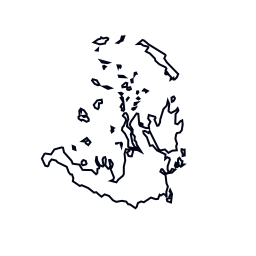 outline of Greece, rotated 218°
{"feature_id": "GRC", "entity_name": "Greece", "entity_type": "country or territory", "adm_level": 0, "iso_a3": "GRC", "parent_name": "Europe", "parent_adm1": "", "projection": "mercator", "projection_center": [23.941, 38.339], "detail": "fine", "context": "isolated", "style": "outline", "palette": "ink", "viewbox_px": 256, "rotation_deg": 218, "n_neighbors": 0, "source": "natural_earth", "source_scale": "50m", "svg_char_len": 5987}
<svg xmlns="http://www.w3.org/2000/svg" viewBox="0 0 256 256"><g transform="rotate(218 128 128)"><path d="M170.0,47.3L177.0,50.9L177.9,55.8L177.4,57.0L172.4,59.8L172.8,65.8L168.3,71.9L167.0,72.4L163.6,69.5L152.3,67.4L149.6,65.8L143.8,69.2L138.0,67.0L130.7,72.5L124.7,71.9L124.4,73.6L126.9,76.9L126.0,78.4L126.7,80.0L129.7,80.2L133.1,82.2L135.5,86.5L132.1,83.3L127.5,81.4L124.1,82.1L123.9,83.2L128.5,87.3L129.1,89.5L128.1,91.0L126.1,89.6L122.9,84.7L118.5,83.7L117.7,84.7L118.6,87.3L123.1,91.1L122.2,92.0L117.9,90.4L116.7,87.9L116.4,84.9L108.6,80.4L107.8,78.2L109.1,75.7L103.7,78.1L103.9,81.2L102.6,87.2L103.0,89.2L107.5,95.0L110.2,100.7L114.9,105.6L116.6,110.0L113.4,111.8L112.8,111.0L113.6,108.0L110.4,106.3L109.1,106.9L107.6,108.0L108.5,110.1L109.9,113.4L111.8,113.3L106.9,116.5L102.6,117.3L110.9,120.3L113.1,122.1L115.3,122.3L117.4,125.5L121.1,126.3L123.3,129.6L128.5,131.4L129.6,134.6L130.2,144.7L128.6,145.5L121.3,137.7L119.9,137.1L114.2,138.9L111.2,140.8L113.3,142.7L114.2,146.8L117.9,147.8L119.6,151.0L113.6,153.5L112.4,152.8L112.4,151.0L110.8,150.1L106.4,147.7L105.5,148.7L106.2,152.1L107.8,154.5L111.7,164.7L111.3,169.5L113.5,174.1L110.2,172.2L106.5,166.3L105.3,166.1L103.3,166.4L101.1,171.3L101.1,174.1L99.9,173.4L99.0,172.6L99.0,168.2L93.5,160.6L91.2,161.5L90.8,165.9L90.0,167.4L87.1,164.5L84.3,159.4L84.2,156.6L86.3,154.1L86.0,152.3L84.0,148.7L79.6,145.7L78.8,143.2L75.8,140.5L79.2,137.3L80.9,133.3L85.7,133.8L88.7,130.2L91.1,130.3L109.1,138.9L108.6,136.7L112.8,136.2L114.0,134.8L112.3,133.3L107.5,132.4L99.8,127.5L97.9,129.5L91.4,128.2L82.2,130.3L79.6,126.4L79.1,129.1L76.8,129.7L75.5,128.8L73.3,122.4L71.1,119.5L69.3,118.8L69.1,117.2L69.3,115.9L71.5,115.6L75.5,116.7L76.3,116.0L75.6,113.5L69.4,114.0L63.6,108.1L60.5,106.4L58.4,101.1L54.9,97.2L57.3,98.3L59.5,97.9L60.6,95.0L62.0,94.9L60.7,90.6L62.5,88.9L67.1,87.3L69.8,79.3L72.5,78.1L74.0,75.0L72.6,71.2L72.8,69.4L79.4,69.0L80.9,68.0L84.1,68.9L87.9,66.9L91.9,62.5L95.4,61.8L101.2,62.8L105.5,61.3L106.6,57.5L113.5,57.8L115.0,56.2L122.4,56.2L129.3,54.4L130.2,52.7L138.7,52.1L140.2,54.8L143.5,56.9L144.9,56.0L147.6,56.7L152.4,59.7L162.3,57.6L164.8,58.0L168.8,56.2L168.9,52.8L167.5,49.1L167.8,48.3L170.0,47.3ZM125.3,194.6L129.4,195.2L130.9,193.7L132.2,193.7L132.8,195.0L131.2,195.9L133.9,196.6L134.2,198.4L135.7,199.0L142.5,197.5L147.8,197.9L149.6,199.3L156.5,200.2L161.2,199.3L161.5,204.0L162.4,204.4L166.8,202.3L169.4,202.3L172.2,200.0L170.8,206.2L169.3,206.8L163.1,206.6L144.0,208.7L143.0,208.3L142.3,205.2L137.7,203.6L121.6,201.4L120.7,197.8L121.1,195.0L121.9,194.3L123.1,195.5L124.2,192.3L125.3,194.6ZM116.4,113.4L120.3,118.6L126.9,121.7L131.5,122.6L132.8,125.1L132.6,127.0L134.2,132.7L135.8,134.1L139.6,134.4L139.9,137.4L138.5,138.6L135.8,137.5L133.1,135.1L132.6,133.1L129.9,128.7L124.7,128.4L122.6,127.4L122.0,124.8L115.2,118.9L111.1,117.2L109.4,118.0L108.2,117.3L115.4,113.4L116.4,113.4ZM173.9,106.3L173.5,107.7L177.0,111.6L177.1,113.4L175.3,112.4L176.4,114.3L173.5,114.8L169.2,113.6L168.3,112.2L171.3,109.5L169.5,109.5L167.6,111.9L164.5,110.9L163.4,109.4L164.6,107.3L167.9,106.9L169.3,106.2L169.3,105.2L172.7,105.0L173.9,106.3ZM200.5,186.0L198.7,186.4L198.1,185.4L198.9,182.8L198.1,180.5L201.8,176.5L207.7,174.4L206.1,179.6L204.6,181.4L205.0,182.9L202.7,183.3L200.5,186.0ZM169.2,130.8L166.2,134.1L164.2,132.2L163.9,131.5L166.1,129.6L163.5,125.9L163.4,124.3L166.5,123.7L169.2,125.1L169.2,130.8ZM65.3,126.7L66.5,131.6L67.8,132.1L69.5,134.6L69.0,136.2L66.1,135.1L64.6,135.4L63.3,132.4L61.4,133.7L62.5,130.0L64.5,130.1L65.3,126.7ZM56.3,103.8L56.7,105.2L52.7,103.1L48.3,95.8L51.9,94.5L53.5,95.6L53.7,96.3L52.0,98.2L53.1,99.3L54.0,102.9L56.3,103.8ZM156.0,89.3L154.3,94.8L152.6,94.4L152.3,92.7L151.1,94.2L148.8,93.7L148.8,90.1L152.0,90.0L153.0,91.2L156.0,89.3ZM181.6,142.3L185.6,143.3L185.8,144.7L181.9,146.3L177.0,144.4L178.1,143.1L181.6,142.3ZM143.5,75.2L141.1,76.0L138.7,74.4L138.7,73.4L140.7,70.8L142.5,71.0L143.7,73.0L143.5,75.2ZM71.4,142.5L73.3,144.8L71.8,144.2L70.1,145.8L66.4,141.3L67.7,139.6L69.0,141.4L71.4,142.5ZM157.8,162.1L156.2,162.9L154.4,159.7L157.4,156.7L158.6,157.8L157.8,162.1ZM147.5,143.6L147.0,145.1L142.4,140.3L142.1,138.8L143.8,138.1L145.0,139.9L146.9,140.1L147.5,143.6ZM189.2,196.3L187.4,197.9L186.1,193.6L187.7,190.7L187.8,189.2L189.0,188.5L187.7,192.9L189.2,196.3ZM68.1,122.8L65.2,124.1L65.9,119.9L67.8,117.9L68.1,122.8ZM112.4,178.7L111.3,181.0L109.4,180.4L108.9,179.3L108.8,177.0L109.6,175.6L112.4,178.7ZM191.4,164.3L183.3,167.7L184.0,166.5L188.8,163.7L191.4,164.3ZM170.1,148.0L165.9,149.0L167.9,146.5L172.8,145.6L170.1,148.0ZM152.9,159.7L151.4,161.5L149.7,160.5L150.4,158.8L152.1,157.8L152.8,158.1L152.9,159.7ZM152.4,147.3L151.8,148.8L150.6,148.6L147.6,145.5L152.4,147.3ZM141.7,118.7L139.2,119.2L139.6,118.2L137.7,116.8L138.1,114.7L139.6,115.6L139.9,117.1L141.7,118.7ZM160.4,79.8L158.3,80.4L156.0,78.4L158.2,77.6L160.4,79.8ZM139.1,166.8L139.0,168.6L135.2,169.3L135.8,167.2L137.0,168.0L139.1,166.8ZM163.6,166.2L161.5,166.2L166.3,162.8L167.5,163.6L163.6,166.2ZM136.6,146.2L134.5,149.0L134.3,147.3L135.1,145.5L136.2,145.4L136.6,146.2ZM155.2,151.5L153.4,151.7L153.5,149.9L156.3,150.3L155.2,151.5ZM174.8,170.9L172.4,172.6L171.3,171.8L171.3,170.7L172.5,171.0L173.4,170.4L173.1,169.7L174.8,170.9ZM185.2,162.3L183.3,162.6L183.7,160.7L182.8,159.3L185.6,161.3L185.2,162.3ZM138.1,151.8L136.2,154.0L136.5,152.4L136.0,151.5L137.1,150.2L138.1,151.8ZM69.0,130.1L68.0,130.4L66.5,126.6L67.9,127.2L69.0,130.1ZM155.2,167.9L154.5,169.2L152.5,166.9L153.2,166.2L155.2,167.9ZM125.0,111.5L124.2,112.3L122.9,111.9L121.6,109.2L125.0,111.5ZM120.8,139.7L119.2,140.2L118.4,139.5L119.5,138.1L120.8,139.7ZM138.8,158.4L137.0,158.2L137.3,157.0L139.0,156.8L138.8,158.4ZM156.6,175.4L155.8,176.6L154.6,176.1L155.4,175.1L155.3,173.5L156.6,175.4ZM142.5,163.1L141.7,162.3L141.8,160.8L142.4,160.8L143.3,162.5L142.5,163.1ZM200.8,169.6L200.4,172.0L199.4,170.4L200.8,169.6ZM128.6,107.8L126.2,110.7L127.1,108.8L128.6,107.8ZM146.6,149.8L146.5,152.2L146.1,152.2L146.0,149.4L146.6,149.8Z" fill="none" stroke="#020617" stroke-width="2"/></g></svg>